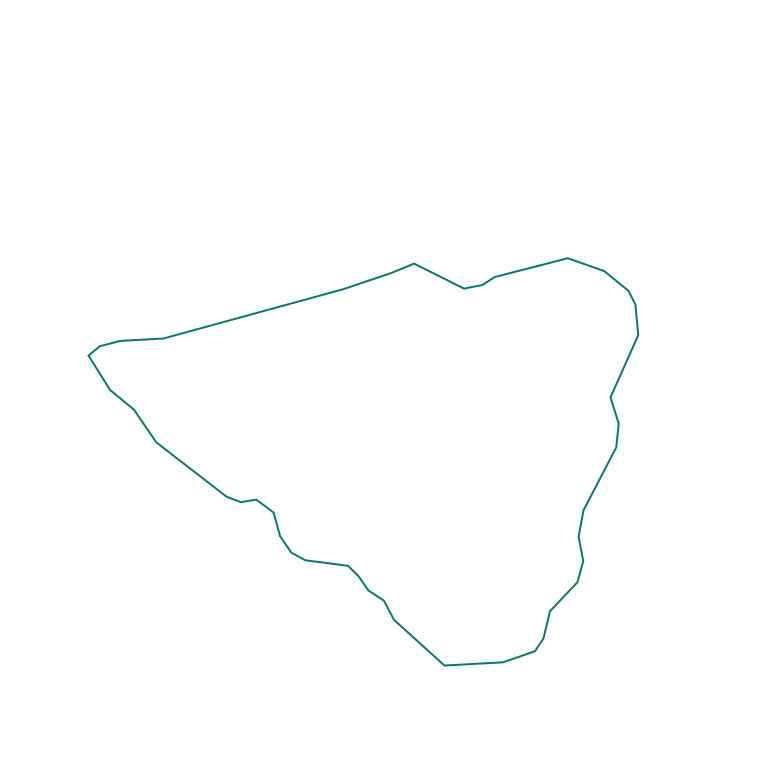 Santo Tomás La Unión, Sololá, Guatemala, rotated 121°
{"feature_id": "79465075B46149189037387", "entity_name": "Santo Tomás La Unión", "entity_type": "district", "adm_level": 2, "iso_a3": "GTM", "parent_name": "Guatemala", "parent_adm1": "Sololá", "projection": "mercator", "projection_center": [-91.41, 14.619], "detail": "fine", "context": "isolated", "style": "outline", "palette": "teal", "viewbox_px": 768, "rotation_deg": 121, "n_neighbors": 0, "source": "geoboundaries", "source_scale": "gbopen_adm2", "svg_char_len": 682}
<svg xmlns="http://www.w3.org/2000/svg" viewBox="0 0 768 768"><g transform="rotate(121 384 384)"><path d="M594.2,187.2L561.3,138.7L535.2,116.9L519.9,116.3L493.2,124.7L454.3,116.1L433.3,121.9L414.7,138.5L389.7,147.9L318.6,152.3L297.1,162.4L278.7,183.0L211.2,191.2L186.4,209.4L178.2,222.4L173.8,253.2L181.5,291.2L235.4,344.3L248.4,350.6L261.0,364.5L265.3,420.2L285.2,435.0L324.3,468.3L458.8,596.7L482.9,632.3L497.9,647.0L511.8,651.9L530.2,615.8L534.8,585.0L551.3,549.2L561.7,460.9L559.0,445.8L548.9,434.0L551.1,412.3L568.0,394.7L576.3,376.5L575.6,360.6L558.4,321.2L561.8,307.0L569.0,291.1L569.8,272.4L581.0,254.0L594.2,187.2Z" fill="none" stroke="#0f766e" stroke-width="2"/></g></svg>